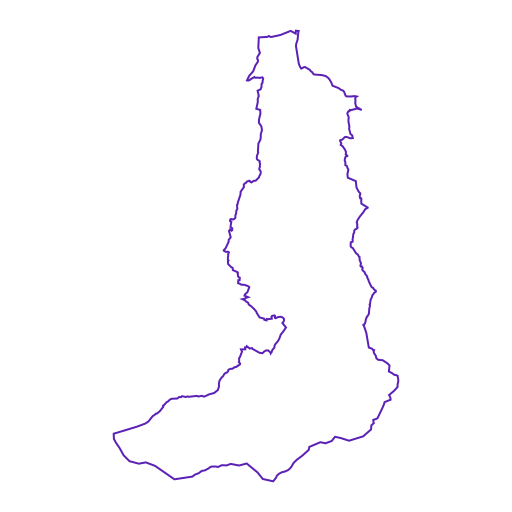 the district of Garda De Sus, Alba, Romania
{"feature_id": "2599482B31586806671265", "entity_name": "Garda De Sus", "entity_type": "district", "adm_level": 2, "iso_a3": "ROU", "parent_name": "Romania", "parent_adm1": "Alba", "projection": "mercator", "projection_center": [22.809, 46.492], "detail": "fine", "context": "isolated", "style": "outline", "palette": "violet", "viewbox_px": 512, "rotation_deg": 0, "n_neighbors": 0, "source": "geoboundaries", "source_scale": "gbopen_adm2", "svg_char_len": 6058}
<svg xmlns="http://www.w3.org/2000/svg" viewBox="0 0 512 512"><path d="M349.0,440.7L363.1,436.4L371.0,429.5L371.4,425.3L373.8,423.1L373.4,421.6L373.3,419.8L376.0,419.0L377.5,418.2L382.3,408.2L383.9,404.5L384.6,402.1L390.6,399.7L390.3,397.5L389.1,395.0L394.0,390.9L397.5,387.0L397.6,384.2L398.2,382.0L398.3,379.9L397.6,375.8L396.2,375.1L394.4,374.9L392.0,373.1L388.9,371.5L389.5,365.4L387.1,363.1L382.6,360.2L378.2,359.8L376.4,358.3L375.8,355.8L373.9,352.9L373.7,351.6L374.1,350.2L373.1,350.1L372.2,348.8L368.8,347.5L366.3,332.9L363.8,325.5L363.3,325.0L364.8,323.8L365.5,321.6L366.0,318.6L366.6,317.8L366.8,316.8L367.7,315.9L368.9,313.8L369.3,308.5L370.0,305.7L369.6,304.4L370.0,304.0L370.6,299.7L371.7,297.6L372.4,295.2L373.3,294.3L373.8,293.2L375.8,291.8L375.8,290.7L374.9,290.2L373.7,289.0L373.2,287.9L371.8,287.3L371.3,286.6L368.8,281.4L368.4,279.8L367.2,277.5L367.2,276.4L365.2,273.9L364.6,272.2L362.8,270.5L362.2,269.5L362.7,267.9L361.9,266.5L361.1,266.7L360.4,265.9L361.0,263.2L359.7,260.3L359.5,256.9L359.0,256.7L357.7,254.4L356.0,253.2L352.9,248.2L351.2,247.1L350.6,246.0L350.8,242.3L352.5,241.8L352.7,241.3L352.6,238.6L353.1,237.4L353.0,236.3L353.4,233.8L354.2,232.5L354.3,230.5L355.2,229.4L357.0,228.5L357.6,227.6L357.1,226.7L357.3,225.8L357.1,225.0L357.3,224.2L356.7,222.2L357.8,219.6L360.1,216.2L363.2,212.4L365.2,209.2L367.7,207.8L367.7,207.5L361.4,203.7L361.2,200.6L361.4,199.3L361.2,198.3L360.2,198.3L359.7,196.6L360.3,193.4L358.5,191.4L356.5,187.5L355.8,181.1L347.8,177.7L347.4,173.9L348.0,171.6L348.3,169.4L347.6,168.2L346.8,165.9L345.3,165.1L345.4,162.3L344.7,160.5L344.9,158.8L345.5,156.9L345.9,156.4L347.3,156.1L347.4,155.8L345.7,154.3L346.0,153.1L345.8,151.4L344.6,149.1L342.6,146.2L340.7,144.9L341.3,143.4L340.1,140.9L340.1,140.3L342.3,139.6L344.7,137.2L345.4,136.9L346.8,137.0L350.3,138.3L352.8,138.1L352.2,135.4L350.4,133.8L349.1,128.7L349.4,126.6L348.4,121.3L348.7,117.1L347.3,113.8L347.6,112.7L348.5,111.2L349.5,111.2L349.9,109.9L351.4,110.0L356.9,108.6L358.6,108.9L361.7,110.0L356.1,106.7L355.2,102.9L355.5,101.2L355.2,98.3L355.9,97.0L356.7,96.5L354.6,96.1L350.6,96.5L346.5,96.4L345.6,95.7L344.1,91.8L343.2,90.7L340.6,89.6L338.6,88.1L332.5,85.7L331.4,82.7L329.5,79.5L328.2,77.9L325.8,76.1L322.0,75.1L314.1,74.5L313.4,74.0L312.2,72.2L310.7,71.1L309.7,69.7L304.9,67.0L304.1,67.1L301.3,68.6L301.0,68.5L299.5,65.6L298.8,63.6L296.0,46.3L296.2,43.9L297.6,39.7L298.2,33.0L298.7,31.0L295.9,30.7L295.7,33.6L290.6,30.9L280.4,35.0L273.1,36.6L270.7,37.0L268.8,36.0L267.4,36.9L258.8,37.4L258.3,48.0L259.9,52.9L257.4,56.9L257.2,58.8L258.0,60.1L257.8,61.9L255.4,65.4L253.2,71.3L249.2,75.8L247.0,80.4L247.9,80.6L249.6,80.2L250.2,79.5L254.4,77.0L255.2,77.8L257.4,77.6L259.8,77.9L262.3,77.3L263.2,78.5L262.6,80.9L262.6,82.7L261.6,83.8L261.5,86.9L260.6,89.3L257.6,90.7L258.8,96.0L257.7,99.0L257.8,102.0L256.3,108.8L260.2,109.9L260.4,113.7L259.0,119.5L258.9,122.8L261.3,126.2L262.0,130.0L260.7,134.5L260.8,136.7L260.4,139.7L258.4,143.5L257.9,151.5L258.2,152.4L256.9,156.1L256.8,158.6L257.0,159.2L257.8,160.0L259.5,160.9L259.7,161.4L259.6,162.6L260.1,163.7L259.8,165.2L259.9,166.9L259.2,168.9L259.5,169.8L260.3,170.5L260.8,172.4L260.4,174.3L259.3,176.1L259.0,177.4L255.6,180.7L253.9,180.8L251.4,182.4L250.4,182.0L250.3,181.4L249.2,180.7L246.9,181.6L246.0,182.8L245.0,183.3L243.8,184.5L243.9,187.0L240.6,191.8L240.5,194.5L237.8,202.6L237.7,203.9L237.0,205.0L237.3,208.8L236.3,210.8L236.1,213.6L235.4,215.2L235.3,217.9L233.9,219.2L232.7,219.4L231.2,219.0L230.6,219.2L230.1,219.9L230.0,220.9L230.4,221.4L231.3,221.6L230.5,227.1L232.3,228.4L232.1,230.2L231.5,230.7L230.0,229.5L229.0,231.0L230.7,237.3L228.7,239.8L228.6,241.8L227.9,243.4L225.5,248.4L223.8,250.1L223.8,250.7L226.0,251.9L227.8,251.7L228.9,252.4L228.1,254.3L228.3,255.9L227.9,257.1L227.9,259.7L228.5,260.6L227.9,261.1L228.1,264.0L231.2,267.1L232.6,267.8L232.9,270.1L237.6,272.2L238.0,272.8L237.6,273.7L238.0,275.1L237.9,276.0L238.7,277.2L239.8,277.7L239.6,280.2L238.3,280.2L238.1,283.2L239.5,283.6L241.3,284.7L244.3,284.8L248.0,286.1L249.3,287.1L247.5,292.0L244.9,294.5L244.5,295.7L248.1,297.2L245.9,297.9L244.4,298.8L242.5,299.2L244.9,300.3L246.5,301.8L247.7,302.4L248.2,302.9L248.7,304.5L251.4,306.4L254.4,309.3L256.4,311.8L256.8,313.1L259.6,317.4L264.0,318.6L264.3,319.8L266.5,320.4L266.7,319.0L267.8,319.2L271.8,318.7L271.5,316.5L272.1,315.9L274.4,315.4L275.0,315.9L274.9,317.8L275.5,318.2L278.4,317.0L280.7,316.8L281.9,317.1L283.3,318.0L284.0,319.1L284.0,320.5L283.3,322.1L282.4,323.0L286.0,327.5L282.8,332.1L280.8,334.5L279.2,338.9L278.0,341.0L275.2,344.4L274.5,345.7L274.4,347.6L272.7,349.5L272.0,350.8L271.7,352.0L270.7,353.4L270.5,352.6L268.3,350.5L266.2,350.4L264.2,351.5L262.5,353.2L259.5,352.8L252.2,348.7L252.0,348.1L249.7,348.5L246.9,346.3L246.7,347.2L245.1,347.3L245.2,349.3L241.0,349.4L242.0,351.6L240.0,356.9L239.1,358.3L239.2,360.5L238.9,362.1L240.1,363.5L240.0,364.3L238.2,365.7L237.6,365.7L236.6,366.8L233.9,367.5L233.5,368.1L232.2,368.8L230.4,368.8L228.4,369.8L228.0,371.4L226.6,372.8L225.9,372.8L224.8,373.5L223.9,374.6L223.2,376.1L221.5,377.6L219.4,380.9L218.9,384.0L219.0,386.4L217.9,390.0L214.2,393.0L209.3,394.3L204.5,396.5L203.4,396.5L202.0,395.8L198.3,396.5L196.8,395.9L188.7,396.8L187.6,396.4L185.8,397.0L182.1,396.2L180.9,397.2L179.4,396.9L177.3,398.5L171.4,398.8L169.8,399.7L168.1,401.4L166.6,402.2L164.2,404.9L163.0,405.8L163.3,406.8L159.7,411.3L156.9,413.6L155.8,413.7L154.4,415.1L152.8,416.0L148.4,421.5L145.4,423.5L136.9,426.7L113.7,433.7L113.9,438.9L116.0,442.8L119.5,447.9L123.7,455.4L129.5,461.2L138.9,463.7L145.8,462.4L155.1,465.9L174.4,479.3L192.4,476.6L195.0,474.6L198.7,473.2L201.8,470.9L204.9,470.4L208.9,468.2L209.8,467.3L211.8,466.5L216.0,466.5L218.0,467.0L221.9,465.2L226.6,465.4L230.7,463.9L239.1,465.5L246.7,463.5L257.5,472.4L262.8,479.0L273.2,481.3L276.2,477.5L276.7,475.9L278.8,473.9L281.7,472.3L285.0,471.5L287.7,470.3L289.1,469.3L291.1,467.2L293.3,463.4L294.6,461.9L296.9,459.7L302.5,455.5L308.8,449.8L309.3,446.9L320.4,442.2L325.4,443.3L331.7,441.0L335.0,436.8L340.6,438.0L349.0,440.7Z" fill="none" stroke="#5b21b6" stroke-width="2"/></svg>